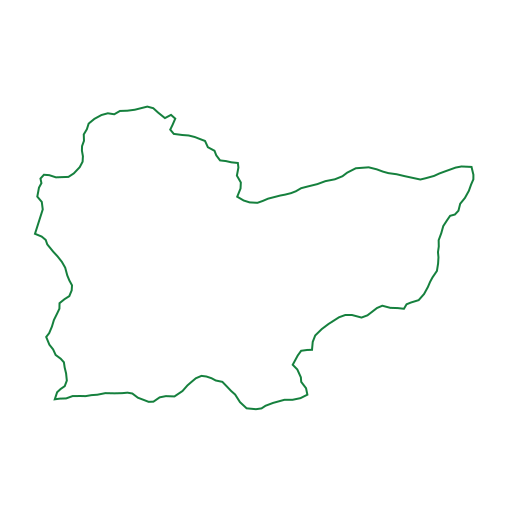 outline of Jales, São Paulo, Brazil, rotated 88°
{"feature_id": "56859067B36023538882283", "entity_name": "Jales", "entity_type": "district", "adm_level": 2, "iso_a3": "BRA", "parent_name": "Brazil", "parent_adm1": "São Paulo", "projection": "orthographic", "projection_center": [-50.554, -20.265], "detail": "fine", "context": "isolated", "style": "outline", "palette": "green", "viewbox_px": 512, "rotation_deg": 88, "n_neighbors": 0, "source": "geoboundaries", "source_scale": "gbopen_adm2", "svg_char_len": 2618}
<svg xmlns="http://www.w3.org/2000/svg" viewBox="0 0 512 512"><g transform="rotate(88 256 256)"><path d="M226.1,476.1L229.1,469.5L232.6,465.6L237.1,464.2L244.5,458.6L249.5,454.3L255.1,450.2L261.0,447.1L268.8,445.3L273.9,443.4L278.9,440.9L283.9,441.4L289.6,444.0L292.4,448.8L296.3,454.0L301.8,454.3L306.6,456.8L312.9,460.2L319.4,462.4L325.9,465.4L329.6,468.5L337.4,465.6L342.3,462.0L347.9,459.7L351.9,454.7L355.5,451.7L360.8,451.1L366.7,449.9L373.9,449.4L379.4,451.7L382.1,455.9L385.2,459.5L392.2,462.1L391.7,457.2L391.7,450.7L389.6,444.2L389.8,436.3L390.1,431.2L389.3,425.3L389.1,419.4L387.8,411.4L388.3,402.2L388.4,394.4L388.1,389.2L389.1,384.4L393.5,379.0L396.1,372.8L398.0,368.4L398.0,363.6L393.9,357.2L392.9,351.0L393.5,342.4L388.4,334.2L382.9,329.0L380.0,325.4L376.1,320.4L373.9,314.7L374.7,309.8L376.6,304.7L379.0,300.6L380.6,294.0L385.7,289.4L390.0,285.6L393.7,281.7L401.5,277.1L407.9,270.7L409.1,261.4L408.5,255.8L406.0,251.7L403.4,244.0L400.7,232.6L401.0,224.6L399.6,216.5L396.4,209.5L389.9,210.6L383.4,215.2L378.8,215.4L370.8,218.7L366.0,223.1L356.8,217.7L352.3,214.2L351.7,208.2L351.7,203.3L343.8,202.3L337.5,199.6L331.3,192.8L326.4,185.8L320.1,175.1L318.1,168.9L318.3,162.2L321.2,152.7L319.2,146.7L312.2,136.9L310.1,131.5L312.5,123.6L313.0,116.1L313.9,110.0L309.5,107.2L307.9,102.8L305.8,95.0L299.9,89.4L293.0,85.3L287.9,82.9L283.6,80.4L277.2,75.7L270.0,74.3L263.7,73.7L258.5,74.0L252.9,73.0L246.6,72.9L239.8,70.1L232.6,67.8L226.5,63.5L222.6,60.6L221.5,55.8L217.8,52.1L210.9,50.1L205.3,45.2L198.3,41.0L192.0,38.5L187.0,36.1L182.4,35.9L174.5,37.5L173.7,47.5L174.6,53.4L177.8,63.4L179.9,69.8L182.2,75.3L184.2,83.7L185.3,89.1L181.4,104.6L179.2,112.6L177.8,120.8L176.1,126.2L173.6,132.3L171.3,140.3L171.8,153.2L175.9,162.0L179.3,166.8L182.1,174.5L183.6,184.0L186.3,192.2L188.4,202.2L189.8,208.5L192.7,213.9L194.4,218.8L195.7,224.9L196.4,229.6L197.8,235.9L199.1,241.9L201.2,247.3L202.9,252.7L202.2,260.5L200.1,266.4L196.1,272.7L188.0,269.1L182.0,268.6L175.0,272.3L167.0,270.5L162.4,270.9L161.5,277.4L160.1,282.7L159.2,288.6L154.0,292.2L149.4,293.8L145.6,300.3L139.3,302.9L134.9,313.2L133.2,319.1L132.5,325.5L131.1,333.9L126.7,337.3L122.2,334.9L115.9,331.9L112.0,336.0L115.0,342.2L109.2,348.9L104.7,353.5L102.9,359.4L105.6,372.0L106.3,379.5L106.3,386.9L109.4,392.7L108.2,399.1L109.7,405.5L113.3,412.7L117.8,418.6L123.4,420.6L128.5,423.9L134.9,423.9L140.1,426.0L144.6,426.3L150.3,425.5L155.7,426.0L161.1,429.1L167.1,435.2L170.4,440.7L170.4,453.2L168.0,459.8L167.4,465.1L171.1,468.7L175.7,467.9L180.1,470.5L189.0,472.5L194.5,468.2L202.0,467.5L226.1,476.1Z" fill="none" stroke="#15803d" stroke-width="2"/></g></svg>